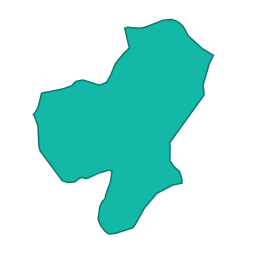 an SVG outline of Kohgiluyeh and Buyer Ahmad, rotated 84°
{"feature_id": "IRN-3209", "entity_name": "Kohgiluyeh and Buyer Ahmad", "entity_type": "Province", "adm_level": 1, "iso_a3": "IRN", "parent_name": "Iran", "parent_adm1": "", "projection": "albers", "projection_center": [50.792, 30.816], "detail": "fine", "context": "isolated", "style": "filled", "palette": "teal", "viewbox_px": 256, "rotation_deg": 84, "n_neighbors": 0, "source": "natural_earth", "source_scale": "10m", "svg_char_len": 960}
<svg xmlns="http://www.w3.org/2000/svg" viewBox="0 0 256 256"><g transform="rotate(84 128 128)"><path d="M188.5,80.1L189.3,89.3L196.0,106.1L208.8,119.6L225.4,131.4L227.8,133.8L231.4,151.0L231.5,157.5L230.9,158.9L227.9,161.9L222.1,165.4L215.5,167.3L202.9,164.1L198.5,161.4L195.8,158.1L192.8,157.4L179.2,150.9L169.5,148.5L167.8,150.6L169.8,162.1L173.5,172.6L173.8,175.8L172.2,178.7L173.1,181.7L176.0,186.6L175.9,193.7L173.4,199.0L141.7,217.7L136.6,218.5L116.6,217.3L104.7,220.2L104.7,220.5L102.6,218.6L98.2,215.3L84.3,210.3L82.3,188.6L80.1,179.5L76.3,175.2L75.5,168.0L82.4,151.9L80.4,144.6L73.8,139.8L62.5,133.7L53.3,124.4L48.6,118.3L28.4,120.8L27.7,117.4L28.9,113.0L29.4,108.9L30.0,106.8L29.7,101.2L24.5,81.7L24.5,73.7L26.4,69.2L29.4,65.3L33.5,62.2L42.6,58.5L56.7,45.9L64.6,35.5L72.9,40.6L93.5,49.0L99.7,48.7L103.3,49.1L147.0,88.1L151.1,88.1L164.6,89.8L171.0,86.5L176.8,81.3L184.4,79.8L188.5,80.1Z" fill="#14b8a6" stroke="#0f766e" stroke-width="1.5"/></g></svg>